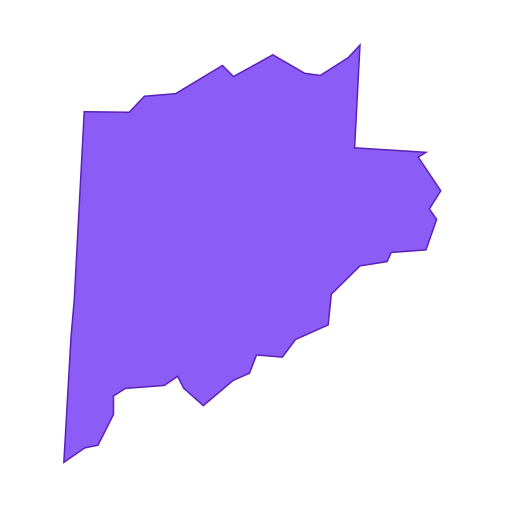 Red River, Louisiana, United States of America, rotated 273°
{"feature_id": "52423323B2790682775413", "entity_name": "Red River", "entity_type": "district", "adm_level": 2, "iso_a3": "USA", "parent_name": "United States of America", "parent_adm1": "Louisiana", "projection": "albers", "projection_center": [-93.371, 32.062], "detail": "fine", "context": "isolated", "style": "filled", "palette": "violet", "viewbox_px": 512, "rotation_deg": 273, "n_neighbors": 0, "source": "geoboundaries", "source_scale": "gbopen_adm2", "svg_char_len": 652}
<svg xmlns="http://www.w3.org/2000/svg" viewBox="0 0 512 512"><g transform="rotate(273 256 256)"><path d="M39.9,74.9L55.4,95.0L58.8,108.1L90.4,122.0L108.7,121.0L116.9,132.3L121.9,171.1L131.7,184.0L120.2,190.7L103.8,211.2L130.6,239.7L138.6,255.6L157.2,261.7L156.4,287.6L174.7,299.8L191.0,331.7L221.8,333.2L251.6,360.4L257.3,387.2L266.6,390.8L271.0,425.4L302.1,434.5L312.0,426.6L330.8,437.1L363.2,412.8L368.4,420.3L369.2,348.8L472.1,348.8L459.0,337.8L439.7,310.8L441.0,295.0L457.8,262.3L434.0,224.1L444.5,212.5L413.9,167.2L409.7,136.2L392.9,121.9L391.1,76.9L203.0,76.8L165.3,75.5L39.9,74.9Z" fill="#8b5cf6" stroke="#5b21b6" stroke-width="1.5"/></g></svg>